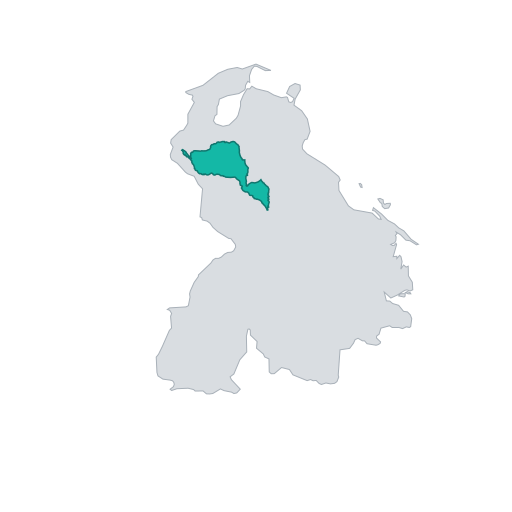 location of Barinas within Venezuela, rotated 42°
{"feature_id": "VEN-26", "entity_name": "Barinas", "entity_type": "State", "adm_level": 1, "iso_a3": "VEN", "parent_name": "Venezuela", "parent_adm1": "", "projection": "robinson", "projection_center": [-69.659, 8.155], "detail": "fine", "context": "in_parent", "style": "filled", "palette": "teal", "viewbox_px": 512, "rotation_deg": 42, "n_neighbors": 0, "source": "natural_earth", "source_scale": "10m", "svg_char_len": 9472}
<svg xmlns="http://www.w3.org/2000/svg" viewBox="0 0 512 512"><g transform="rotate(42 256 256)"><path d="M413.7,198.4L418.2,205.0L417.8,206.5L415.1,208.1L413.5,211.9L410.0,213.5L405.1,218.0L402.0,218.4L397.1,226.0L399.8,231.8L399.2,234.8L400.4,236.3L406.1,236.5L406.7,238.0L405.9,240.5L404.9,242.0L397.2,246.9L393.5,246.4L391.9,247.8L386.9,248.9L385.6,251.8L386.8,255.6L387.4,262.0L381.2,269.5L396.8,289.5L398.5,290.6L400.2,295.2L399.6,298.0L396.9,301.2L392.9,303.6L390.6,307.7L388.2,308.5L384.0,308.2L381.9,310.5L379.2,311.3L377.4,314.4L363.0,319.6L356.8,318.0L349.6,321.8L348.3,331.2L346.1,333.3L343.4,333.3L334.5,323.8L330.0,325.2L327.0,323.9L318.1,324.2L314.0,318.8L304.8,318.5L301.2,314.8L299.7,314.8L299.0,315.9L302.5,322.0L313.3,333.5L313.4,343.9L318.5,358.5L317.6,363.1L320.5,364.4L333.4,365.5L333.3,370.7L331.6,373.0L329.0,373.5L322.4,377.4L318.5,378.6L315.9,387.1L313.8,389.6L311.4,391.6L307.0,391.7L301.1,397.1L299.0,397.0L294.0,399.7L286.0,407.6L283.3,412.4L281.3,412.5L282.1,408.3L281.1,406.0L279.2,404.8L277.4,404.6L275.2,405.7L269.2,409.8L263.4,410.7L260.3,408.8L249.5,397.9L249.3,394.2L246.8,385.5L241.4,369.2L241.5,366.1L232.9,358.0L231.7,355.1L228.1,354.1L225.9,355.1L226.5,352.4L238.0,340.7L239.0,338.2L234.5,330.7L232.0,328.6L230.6,326.0L227.7,316.9L226.9,309.9L225.9,308.5L227.2,291.4L226.7,287.7L227.5,284.8L229.8,282.8L231.0,279.8L231.3,275.7L232.6,272.3L235.1,269.7L235.9,267.1L234.9,262.9L232.8,261.2L225.8,259.9L223.9,261.2L211.1,263.5L204.8,263.5L199.9,262.4L196.3,262.8L192.0,265.1L189.9,263.8L188.2,264.4L171.3,241.8L165.1,241.3L156.7,238.1L150.1,240.7L147.3,240.9L135.5,239.7L129.0,240.8L126.3,239.7L124.4,237.9L121.5,230.5L117.0,229.2L115.1,226.3L115.8,214.2L117.9,210.9L117.1,205.5L116.5,202.9L110.5,196.2L107.4,183.1L103.5,182.4L102.3,179.5L101.1,179.0L97.9,180.8L94.5,181.5L93.8,180.8L102.4,164.6L105.7,145.5L110.1,136.1L115.9,128.5L120.7,126.2L127.6,113.4L142.9,108.1L138.9,112.0L129.8,114.5L127.7,116.1L127.9,120.3L130.5,126.4L135.2,131.2L133.0,131.7L134.0,136.1L136.2,139.1L136.3,140.9L134.6,146.7L127.6,155.9L123.8,163.9L126.7,168.6L127.1,171.0L132.2,176.9L131.7,179.3L134.0,184.1L137.6,184.8L144.7,181.7L148.4,176.6L149.2,166.8L148.5,163.4L144.2,154.9L141.2,151.6L138.7,144.3L137.5,137.6L139.5,136.1L139.3,132.6L144.2,131.6L154.8,125.9L161.4,124.5L168.9,121.4L172.1,117.4L173.3,117.1L177.2,119.5L179.1,118.7L179.9,116.8L178.8,113.3L169.8,114.6L167.6,107.5L169.6,101.7L174.4,99.5L177.8,102.9L180.1,113.2L183.3,118.5L192.8,117.5L202.5,119.8L212.8,127.2L215.8,134.9L214.5,136.8L215.2,140.1L216.7,143.3L219.0,145.4L225.4,146.0L246.5,142.2L264.3,141.6L267.7,143.2L268.0,146.0L273.8,151.8L291.1,156.9L297.8,156.2L313.6,146.4L322.1,146.6L324.5,145.1L321.3,143.6L314.3,143.1L312.1,144.1L310.9,141.5L321.1,140.8L330.1,141.3L337.4,139.5L343.2,139.6L349.1,138.4L360.1,139.8L368.8,138.6L367.8,140.3L360.3,141.6L356.8,143.9L349.3,143.5L344.1,144.4L345.8,145.0L345.8,147.5L347.3,148.0L349.6,150.9L350.2,153.4L348.3,157.3L350.4,156.9L351.6,155.6L351.6,152.9L352.8,153.4L358.4,164.7L360.8,162.0L362.4,163.7L362.3,159.4L364.2,159.5L368.3,162.4L372.4,168.9L371.7,163.9L375.0,163.8L375.9,161.7L382.6,168.8L389.7,170.9L395.1,176.2L393.9,178.9L390.8,180.2L389.6,181.9L387.2,190.3L384.3,197.0L375.4,197.0L382.9,202.1L385.6,200.0L389.3,199.9L395.0,197.2L402.6,198.4L406.0,196.2L410.1,196.5L413.7,198.4ZM321.6,128.0L322.4,131.6L320.0,134.7L316.7,134.7L314.2,132.7L312.8,133.2L308.4,132.1L309.6,130.2L312.9,129.2L315.3,131.4L317.3,131.5L317.8,129.7L320.5,127.0L321.6,128.0ZM393.5,187.4L388.7,190.2L388.5,187.5L392.1,184.2L393.7,186.2L393.5,187.4ZM289.0,134.1L287.7,134.8L284.2,133.3L284.9,132.3L286.8,132.3L289.0,134.1ZM394.4,182.3L391.5,183.2L392.3,181.2L395.3,180.1L396.4,180.5L394.4,182.3Z" fill="#d9dde1" stroke="#a8b0b8" stroke-width="1"/><path d="M221.5,198.6L222.3,199.6L222.5,200.0L223.0,200.4L223.1,200.5L222.9,200.9L222.9,201.1L223.0,201.2L223.2,201.3L223.3,201.4L223.4,201.7L223.5,202.0L223.7,202.3L223.9,202.5L224.1,202.5L224.4,202.3L224.5,202.3L224.7,202.9L225.2,203.2L225.4,203.2L225.7,203.0L225.8,203.0L226.0,203.3L225.9,203.6L225.7,204.0L225.7,204.4L225.8,204.4L226.0,204.2L226.1,204.3L226.3,204.4L226.2,204.4L226.4,204.6L226.7,204.7L226.7,204.9L226.7,205.4L226.8,205.5L227.1,205.5L227.3,205.8L227.5,205.5L227.5,205.3L227.8,205.5L227.9,206.7L227.9,206.8L229.2,206.8L229.4,206.9L230.1,207.6L230.4,208.8L230.5,209.0L230.8,209.2L231.1,209.6L231.4,210.2L231.4,210.7L231.8,210.6L232.3,211.0L232.6,211.1L232.5,211.3L232.5,211.5L232.6,211.8L232.6,212.0L232.1,211.8L232.1,212.0L232.6,212.6L232.9,213.4L233.1,213.7L233.6,213.5L234.0,213.8L233.9,214.1L233.3,214.4L232.7,213.9L232.2,213.7L231.9,213.4L231.3,213.5L230.8,213.3L230.3,213.1L229.1,212.8L226.8,212.7L225.7,212.4L225.1,212.6L224.6,212.4L224.1,212.0L223.5,211.8L221.1,212.0L220.6,212.2L219.8,212.6L219.0,212.8L218.6,213.3L218.3,213.5L217.5,213.7L216.8,214.2L216.2,214.5L216.0,214.3L215.8,214.1L215.3,214.1L214.7,214.2L214.2,214.2L213.5,213.8L213.4,213.5L213.1,213.5L212.6,213.7L212.2,213.9L211.3,214.7L210.8,215.0L210.1,214.9L209.2,214.4L208.7,214.2L207.2,214.1L206.8,214.2L205.6,215.1L205.2,215.5L204.9,215.6L202.6,216.0L201.1,215.7L200.2,215.2L199.8,215.2L199.7,215.2L199.7,214.7L199.4,214.1L199.3,213.8L199.2,213.6L199.1,213.3L198.9,213.3L198.5,213.5L197.6,213.5L197.3,213.8L197.1,213.9L196.6,213.5L195.7,213.1L195.3,212.3L195.2,212.2L194.7,212.0L193.9,211.4L193.3,211.2L190.5,211.6L189.5,211.6L188.4,211.3L187.8,211.4L187.3,211.7L184.6,214.6L180.8,217.6L180.4,217.7L179.8,217.8L179.4,217.9L178.6,218.3L178.4,218.6L178.0,218.4L177.7,218.4L177.4,218.7L176.3,219.7L176.0,219.9L175.7,220.0L174.5,219.9L174.1,220.0L173.0,220.8L172.7,221.0L172.3,221.2L171.9,221.8L171.6,222.4L171.5,222.9L171.2,223.4L170.7,223.8L170.0,224.1L169.6,224.1L169.1,223.8L168.8,223.8L168.6,223.8L167.5,224.1L167.2,224.5L166.7,226.5L166.3,227.5L165.6,228.3L164.7,228.8L164.2,228.9L163.7,228.9L163.4,229.0L163.2,229.5L163.2,230.0L162.9,230.3L162.9,230.2L162.7,230.2L162.4,230.1L162.2,230.5L161.7,231.1L161.3,231.5L160.8,231.6L160.2,231.5L159.9,231.6L159.3,232.5L158.4,232.7L157.3,232.7L156.2,232.4L155.3,232.0L155.0,232.2L153.9,232.7L153.4,232.7L153.0,232.6L152.5,232.2L152.1,232.0L151.7,232.2L150.9,231.3L149.9,230.7L149.0,230.2L148.0,229.9L147.3,230.0L147.0,230.0L146.7,229.7L146.4,229.6L145.9,229.5L145.5,229.2L145.0,228.6L144.5,228.2L144.0,228.4L143.1,228.1L142.3,228.0L140.5,228.1L139.5,227.9L139.1,227.9L138.6,228.2L138.4,228.5L138.2,228.6L137.9,228.6L137.6,228.6L137.2,228.3L136.9,228.2L136.7,228.3L136.2,228.6L135.9,228.6L135.5,228.3L135.4,228.2L135.3,228.5L135.1,228.8L134.6,228.8L133.6,228.6L133.3,228.5L133.0,228.2L132.7,227.7L131.0,227.0L130.5,226.9L130.2,227.1L130.1,226.7L130.1,226.2L130.3,226.0L130.6,226.0L131.2,225.9L131.6,225.9L131.8,225.9L132.3,225.7L133.8,225.6L134.4,225.6L135.4,226.0L137.2,226.3L138.2,226.5L139.2,226.5L139.5,226.6L141.2,227.2L141.8,227.3L142.2,227.3L142.4,227.2L142.8,227.0L142.8,226.9L142.7,226.7L141.9,226.5L141.6,226.4L141.4,226.3L140.8,225.8L140.6,225.4L140.2,225.1L140.0,224.6L139.5,224.2L139.1,223.7L138.8,223.5L138.7,223.4L138.8,222.4L138.8,221.9L139.3,221.7L139.5,221.4L139.5,221.1L139.3,220.3L139.4,219.6L140.1,218.7L143.5,216.0L144.4,215.4L144.7,215.1L145.2,214.2L145.5,214.0L146.4,213.3L148.3,211.5L149.0,210.3L149.3,209.3L149.8,208.5L150.1,208.0L150.2,207.7L150.2,207.3L150.1,207.1L149.9,206.6L149.8,206.0L149.7,205.7L149.5,205.4L149.4,205.3L149.0,205.1L148.9,204.9L148.6,204.1L148.6,203.8L148.6,203.1L148.6,202.9L148.7,202.7L149.4,202.0L149.5,201.8L149.6,201.4L149.6,201.0L149.7,200.8L149.8,200.6L150.0,200.4L150.6,199.9L150.9,199.5L151.1,199.0L151.2,198.6L151.2,198.4L151.0,197.9L151.0,197.5L151.2,197.2L151.4,196.9L152.0,196.2L152.4,196.3L152.6,196.3L154.0,194.2L154.1,193.9L154.3,193.6L154.6,193.3L155.1,192.8L156.0,192.0L156.4,192.0L156.6,192.1L156.7,192.4L156.7,192.5L157.0,192.5L157.1,192.4L157.3,192.2L157.7,191.1L158.0,190.9L158.5,190.9L159.3,190.4L159.7,190.3L160.2,190.1L160.6,190.0L160.7,189.8L160.8,189.6L161.0,188.5L161.1,188.1L161.6,187.3L161.9,187.0L162.1,186.5L162.5,186.1L163.8,185.5L164.2,185.5L166.1,185.7L167.4,185.6L167.9,185.4L168.4,185.5L168.8,185.7L169.3,185.8L170.1,185.9L170.3,186.3L173.4,189.0L174.0,189.9L174.3,190.2L176.6,191.8L178.8,192.8L179.3,192.9L179.9,192.9L180.5,193.0L181.0,193.5L181.5,193.6L181.8,193.5L182.0,193.4L182.5,192.8L182.8,192.6L183.0,192.4L183.5,192.1L183.6,192.3L184.0,193.0L184.6,193.3L185.5,194.2L187.2,195.1L187.7,195.2L188.1,195.3L188.8,195.3L189.0,195.4L189.2,195.5L190.8,195.6L191.2,195.7L191.4,195.8L191.5,195.9L191.9,196.9L192.2,197.4L192.4,197.6L193.6,198.8L194.2,199.7L194.3,200.1L194.3,200.7L194.5,201.3L194.8,201.4L195.3,201.4L195.5,201.5L195.7,201.8L195.4,202.2L195.2,202.4L195.1,202.7L195.1,203.0L195.2,203.4L195.3,203.8L196.3,204.8L196.5,205.2L196.6,205.3L197.8,206.1L198.7,206.8L198.9,206.9L199.1,207.4L199.6,208.2L199.9,208.5L201.1,209.2L201.2,209.3L201.3,209.5L201.4,210.0L201.6,210.2L201.9,210.3L202.2,210.3L202.3,210.2L202.5,210.1L202.7,209.9L202.8,209.4L202.8,209.0L202.5,208.1L202.5,207.9L202.9,206.3L203.4,204.7L203.6,204.3L204.8,203.4L206.1,202.6L206.7,201.8L207.9,199.7L208.2,198.7L208.4,197.8L208.5,197.3L208.6,196.9L208.6,196.4L208.6,196.0L210.3,196.6L210.7,196.6L211.5,196.6L212.2,196.9L212.5,196.8L212.9,196.5L213.1,196.5L213.4,196.5L214.0,196.8L214.6,196.9L215.0,196.8L215.4,196.8L216.7,197.0L217.0,197.0L217.8,196.7L218.4,196.7L218.9,196.8L220.1,197.4L220.6,197.5L220.9,197.6L221.0,197.8L221.2,198.2L221.3,198.5L221.5,198.6Z" fill="#14b8a6" stroke="#0f766e" stroke-width="1.5"/></g></svg>